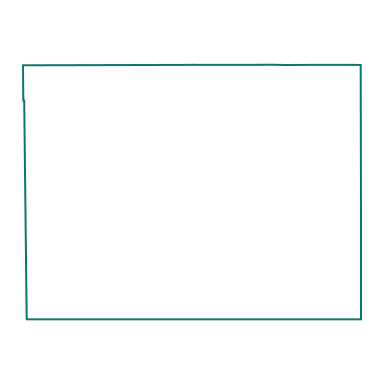 Grant, Oklahoma, United States of America
{"feature_id": "52423323B2994671035197", "entity_name": "Grant", "entity_type": "district", "adm_level": 2, "iso_a3": "USA", "parent_name": "United States of America", "parent_adm1": "Oklahoma", "projection": "robinson", "projection_center": [-97.776, 36.796], "detail": "fine", "context": "isolated", "style": "outline", "palette": "teal", "viewbox_px": 384, "rotation_deg": 0, "n_neighbors": 0, "source": "geoboundaries", "source_scale": "gbopen_adm2", "svg_char_len": 389}
<svg xmlns="http://www.w3.org/2000/svg" viewBox="0 0 384 384"><path d="M23.0,65.3L23.3,100.5L24.2,100.5L26.7,319.3L119.5,319.3L361.0,319.3L361.0,210.2L360.7,65.0L355.3,64.9L327.0,64.9L317.3,64.9L317.0,64.9L307.6,64.9L285.8,65.0L269.9,64.7L262.9,64.8L238.7,64.9L201.5,64.9L193.8,64.8L184.0,64.9L63.6,65.2L60.5,65.2L57.7,65.2L23.0,65.3Z" fill="none" stroke="#0f766e" stroke-width="2"/></svg>